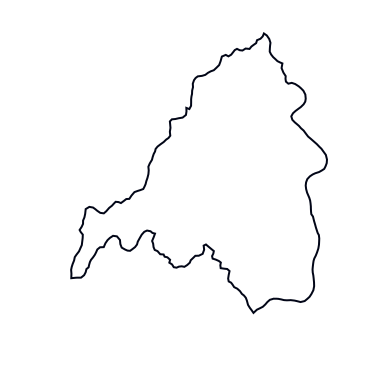 the district of São João Batista do Glória, Minas Gerais, Brazil, rotated 255°
{"feature_id": "56859067B336283598194", "entity_name": "São João Batista do Glória", "entity_type": "district", "adm_level": 2, "iso_a3": "BRA", "parent_name": "Brazil", "parent_adm1": "Minas Gerais", "projection": "orthographic", "projection_center": [-46.443, -20.535], "detail": "fine", "context": "isolated", "style": "outline", "palette": "ink", "viewbox_px": 384, "rotation_deg": 255, "n_neighbors": 0, "source": "geoboundaries", "source_scale": "gbopen_adm2", "svg_char_len": 3892}
<svg xmlns="http://www.w3.org/2000/svg" viewBox="0 0 384 384"><g transform="rotate(255 192 192)"><path d="M256.8,326.7L261.0,325.8L264.0,324.1L266.4,322.5L269.6,319.6L271.6,316.6L271.7,313.1L274.3,311.3L277.1,311.6L279.7,312.5L283.7,311.2L288.5,310.6L292.8,312.6L294.6,310.3L296.3,308.4L298.8,306.9L301.3,305.3L304.4,304.0L307.4,303.4L310.0,304.2L312.9,305.2L315.8,306.4L319.8,306.2L323.8,304.8L326.5,302.5L324.0,300.6L322.3,297.8L321.8,294.1L319.2,292.5L318.2,289.7L317.1,287.0L315.3,284.6L316.7,280.9L315.6,277.4L316.6,274.8L318.6,272.5L318.0,270.0L316.3,267.8L314.5,265.4L313.6,262.3L315.7,260.1L315.1,255.9L311.0,253.5L307.6,251.1L305.7,247.8L304.0,244.6L303.7,241.3L303.0,238.3L301.7,235.2L301.6,231.7L302.2,227.5L301.2,225.0L299.5,222.9L296.4,220.8L293.0,220.1L289.9,218.4L286.7,217.4L284.4,216.2L281.9,215.2L278.9,214.4L275.5,213.4L272.8,210.9L274.7,208.3L271.2,207.5L268.0,206.1L266.3,202.2L266.7,198.2L266.8,194.8L267.4,191.4L265.9,188.9L262.9,188.4L259.5,187.8L255.9,186.2L252.0,185.6L250.2,183.2L249.3,180.6L247.6,177.6L246.3,174.1L244.8,170.5L243.0,168.0L240.7,166.8L238.7,164.9L236.0,163.1L233.5,161.7L230.5,158.6L227.7,156.4L224.1,155.8L220.5,154.5L217.1,152.6L214.3,150.7L211.6,149.2L209.6,147.6L207.5,145.7L207.2,142.5L207.1,139.9L206.8,136.4L204.2,132.6L201.6,129.7L202.2,126.7L200.9,123.6L199.7,120.5L201.3,118.4L202.3,115.7L201.0,113.5L199.5,111.2L198.1,107.9L195.6,104.2L194.2,101.3L195.6,98.0L198.4,95.6L200.4,94.2L202.6,92.4L204.2,89.0L203.0,84.9L198.4,83.1L195.3,81.5L192.6,79.4L189.4,78.5L186.8,76.3L184.4,73.6L182.0,74.2L179.1,75.5L175.9,74.5L172.4,73.1L169.2,71.8L166.9,69.9L163.9,67.5L161.3,64.1L159.4,61.9L156.4,60.4L153.2,58.0L150.7,56.4L148.1,55.1L144.3,54.4L140.0,53.1L139.2,57.9L138.0,62.7L139.6,66.3L142.0,68.5L144.9,70.1L146.0,72.6L148.3,73.8L150.8,75.3L152.6,76.9L154.4,79.4L156.5,81.9L158.5,83.7L161.0,85.7L162.4,88.8L161.6,92.5L164.9,95.1L167.4,98.0L168.9,100.8L170.1,104.4L168.6,108.0L164.3,110.0L160.2,109.3L156.5,109.7L153.8,112.4L152.1,114.5L151.2,117.0L152.2,119.6L153.5,122.7L155.5,125.3L158.1,126.8L161.1,129.7L163.8,132.4L165.9,135.6L166.4,138.6L164.8,141.8L162.7,143.2L161.4,145.5L158.4,143.4L155.0,140.8L152.2,141.1L148.7,140.6L145.7,141.0L143.8,143.4L140.1,145.2L139.0,148.4L136.6,148.8L135.3,151.3L132.2,153.3L129.6,151.8L127.2,154.0L124.1,154.9L122.9,157.5L123.3,160.1L122.9,162.8L121.7,165.3L122.7,168.5L124.3,171.6L126.4,173.1L127.7,175.5L129.5,178.7L128.7,182.1L129.5,186.3L133.1,188.8L137.2,189.4L137.7,191.9L135.2,193.6L132.1,195.8L129.3,197.8L126.9,196.6L124.9,194.8L122.3,194.7L120.6,197.4L118.4,200.1L116.4,201.6L113.9,200.4L111.0,200.0L109.5,203.5L108.5,206.1L105.9,207.8L102.4,206.0L99.0,204.5L96.1,204.3L94.3,206.3L92.1,207.2L89.2,208.1L86.9,210.7L83.8,212.7L80.7,213.8L78.6,215.4L75.9,216.6L73.0,216.9L68.5,216.9L65.1,217.9L62.4,219.0L59.3,220.1L61.5,224.2L62.1,227.4L62.8,230.7L64.4,233.7L66.2,236.3L67.7,239.3L67.8,243.3L66.6,247.4L65.2,250.3L63.8,252.8L62.8,255.7L62.0,259.4L60.6,262.9L59.4,265.2L57.6,268.4L57.5,272.6L58.9,275.7L60.3,278.4L62.5,280.9L65.7,283.8L69.4,285.6L73.2,286.5L77.4,287.2L80.1,287.6L83.0,287.8L86.0,288.4L88.7,289.4L91.7,290.6L94.0,291.6L96.1,292.9L98.4,295.0L101.2,297.1L104.7,299.4L108.2,301.0L111.6,302.1L114.2,302.9L117.6,303.4L119.9,302.8L125.5,302.5L128.6,302.5L132.3,302.4L137.0,302.5L139.7,301.5L142.2,301.9L145.0,302.5L147.5,303.1L150.6,303.6L153.2,303.9L156.0,303.8L158.8,303.4L161.6,303.0L165.3,303.0L168.8,303.5L171.8,304.7L174.6,306.7L176.6,309.9L177.7,313.1L178.2,315.9L178.4,319.9L179.2,323.0L180.1,325.7L182.2,327.6L185.0,329.6L188.4,330.8L193.2,330.9L197.4,329.3L200.3,328.2L202.6,326.8L205.9,325.0L209.5,322.6L212.8,320.4L215.5,318.5L218.9,317.1L222.5,315.7L225.3,313.8L228.2,312.4L230.4,310.9L232.7,309.3L235.8,307.6L239.4,307.5L241.9,309.9L243.5,313.0L244.7,316.0L245.9,319.1L247.8,322.5L250.0,324.8L252.7,326.0L256.8,326.7Z" fill="none" stroke="#020617" stroke-width="2"/></g></svg>